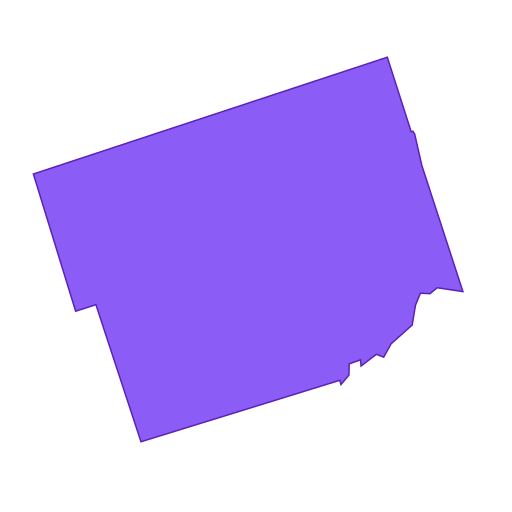 Kaufman, Texas, United States of America (orthographic projection), rotated 252°
{"feature_id": "52423323B57409714288179", "entity_name": "Kaufman", "entity_type": "district", "adm_level": 2, "iso_a3": "USA", "parent_name": "United States of America", "parent_adm1": "Texas", "projection": "orthographic", "projection_center": [-96.401, 32.598], "detail": "fine", "context": "isolated", "style": "filled", "palette": "violet", "viewbox_px": 512, "rotation_deg": 252, "n_neighbors": 0, "source": "geoboundaries", "source_scale": "gbopen_adm2", "svg_char_len": 478}
<svg xmlns="http://www.w3.org/2000/svg" viewBox="0 0 512 512"><g transform="rotate(252 256 256)"><path d="M114.9,89.2L114.7,102.8L111.9,297.2L107.5,297.1L114.0,307.6L124.6,311.3L125.0,323.3L118.9,321.9L125.3,340.1L120.3,346.2L130.7,357.3L142.1,383.2L160.1,392.6L169.8,400.9L166.4,409.8L169.8,418.5L158.2,441.8L290.8,441.7L323.0,444.6L326.2,443.7L326.2,442.0L404.5,442.3L402.8,69.6L259.2,67.4L259.2,88.7L114.9,89.2Z" fill="#8b5cf6" stroke="#5b21b6" stroke-width="1.5"/></g></svg>